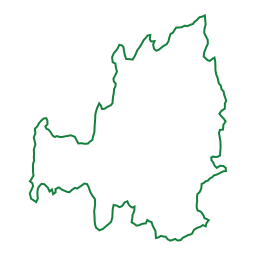 outline of Arataca, Bahia, Brazil
{"feature_id": "56859067B63657419355760", "entity_name": "Arataca", "entity_type": "district", "adm_level": 2, "iso_a3": "BRA", "parent_name": "Brazil", "parent_adm1": "Bahia", "projection": "equal_earth", "projection_center": [-39.425, -15.232], "detail": "fine", "context": "isolated", "style": "outline", "palette": "green", "viewbox_px": 256, "rotation_deg": 0, "n_neighbors": 0, "source": "geoboundaries", "source_scale": "gbopen_adm2", "svg_char_len": 3499}
<svg xmlns="http://www.w3.org/2000/svg" viewBox="0 0 256 256"><path d="M208.7,220.1L206.4,218.9L204.5,218.2L203.5,215.5L201.8,212.7L200.0,211.2L197.7,210.6L196.7,207.3L196.7,204.2L197.2,200.8L197.0,197.2L197.4,194.1L199.8,191.9L201.3,188.3L201.7,183.9L203.9,182.9L205.8,181.2L208.0,180.6L209.8,178.5L212.2,177.2L213.8,175.5L216.7,174.6L220.3,172.9L223.5,171.2L225.9,171.1L225.8,168.0L223.3,166.0L220.1,165.8L216.8,167.9L214.7,165.8L213.2,162.4L211.5,160.2L211.2,157.5L213.1,156.5L215.0,157.0L217.6,156.8L220.0,155.5L220.6,147.2L220.4,141.4L219.5,136.0L219.0,132.9L219.9,129.9L223.0,129.6L223.4,124.8L225.6,121.4L224.0,119.0L221.4,116.3L219.4,113.7L221.3,111.0L224.8,108.7L224.9,103.3L226.2,101.2L225.4,98.2L224.3,95.1L223.5,91.2L221.6,89.5L220.8,85.6L218.8,83.3L218.1,80.1L217.4,77.3L216.2,74.4L215.4,69.8L215.4,67.1L215.3,62.3L214.5,57.6L212.4,58.8L209.9,60.9L207.6,60.2L205.6,58.3L203.7,56.6L204.1,52.6L206.2,47.3L207.8,43.9L207.7,39.8L205.8,36.1L204.2,32.8L204.6,28.0L205.6,24.7L205.3,20.5L204.8,15.4L202.4,16.6L199.4,17.3L196.7,20.2L194.4,21.9L192.8,24.1L190.7,24.6L187.5,26.1L184.6,25.7L181.8,27.2L178.9,27.5L176.2,27.5L174.2,30.5L172.9,32.7L170.5,34.0L169.4,37.3L168.4,41.5L166.6,44.2L162.8,46.4L160.7,48.2L158.8,49.7L156.4,50.7L154.1,48.9L153.1,44.7L154.5,41.1L151.2,41.5L149.8,39.5L150.3,35.0L147.5,35.6L145.6,38.1L143.9,39.8L141.9,43.5L139.5,47.3L137.6,49.8L136.5,52.2L134.9,55.9L132.6,59.6L129.7,59.2L126.1,58.9L124.8,55.0L124.1,51.2L123.4,46.9L121.6,45.3L119.3,44.9L117.5,48.7L113.7,53.4L112.1,57.2L112.7,62.2L115.4,63.6L115.9,67.8L117.0,71.6L115.2,75.3L113.4,78.7L113.9,81.6L115.7,83.6L115.4,86.5L114.1,89.0L113.8,92.9L113.0,97.2L112.7,100.4L112.5,103.2L110.7,105.3L107.5,106.8L104.5,108.8L101.9,108.9L101.1,105.9L99.2,103.4L97.4,107.4L96.4,110.1L95.3,114.6L95.2,118.6L94.9,122.6L94.6,126.6L94.4,132.1L93.0,136.8L92.4,139.9L89.8,141.7L87.9,143.6L84.7,143.8L81.5,143.2L78.4,143.5L76.9,140.8L74.8,136.8L70.8,135.3L68.4,135.8L65.0,136.4L61.9,137.0L59.7,137.0L57.0,136.1L54.7,137.0L52.5,135.5L50.6,132.1L48.5,129.6L46.5,128.8L45.3,126.5L47.5,124.1L47.4,120.9L46.3,118.2L43.7,118.5L41.2,120.7L39.2,122.9L37.3,126.3L34.8,128.9L35.4,133.3L33.8,137.4L34.7,141.3L35.4,144.5L34.5,147.2L33.8,150.0L34.1,153.8L33.8,157.4L34.1,160.5L33.1,163.6L33.0,168.0L33.0,171.9L33.5,175.3L31.9,178.4L29.9,181.4L32.3,183.1L33.1,186.1L31.7,189.3L29.8,193.3L31.1,198.7L33.8,200.4L36.1,202.1L37.8,198.7L37.4,194.4L37.5,191.1L38.0,188.2L39.9,185.5L41.5,183.9L44.3,184.2L47.9,187.8L49.6,191.5L51.9,189.5L53.2,194.2L55.6,192.3L55.5,189.1L58.9,187.4L61.6,189.5L65.1,191.0L67.2,191.9L69.4,192.2L72.1,189.8L74.9,187.9L77.2,188.5L80.2,186.5L84.3,183.6L86.8,183.9L88.5,186.7L90.4,192.2L92.4,195.7L94.9,199.0L95.1,204.7L94.2,211.1L94.5,216.1L94.7,221.6L95.2,225.1L96.1,227.7L99.4,230.3L103.1,228.8L106.5,225.8L109.5,223.4L111.2,221.6L112.3,217.6L112.5,213.3L112.7,209.3L113.6,205.0L116.8,205.6L119.4,207.1L122.0,206.2L124.5,202.5L127.4,201.3L128.4,204.0L130.1,206.2L132.2,207.6L134.5,206.6L134.3,211.0L132.5,215.1L132.3,218.2L131.6,222.3L134.4,223.9L136.5,225.6L139.0,225.3L141.4,224.1L143.5,223.6L145.8,223.4L147.3,220.0L149.1,221.3L151.5,222.0L152.7,225.6L153.9,228.1L155.4,230.9L155.7,234.6L155.9,238.0L158.8,237.3L160.7,235.9L163.2,236.5L165.7,236.7L167.8,239.4L170.3,240.6L173.1,239.8L175.1,238.9L177.6,240.5L180.7,240.1L182.9,237.7L186.1,236.2L188.1,235.0L190.2,234.6L192.1,233.6L193.9,229.9L197.2,227.8L200.4,226.8L202.8,225.1L205.7,226.3L206.4,223.4L208.7,220.1Z" fill="none" stroke="#15803d" stroke-width="2"/></svg>